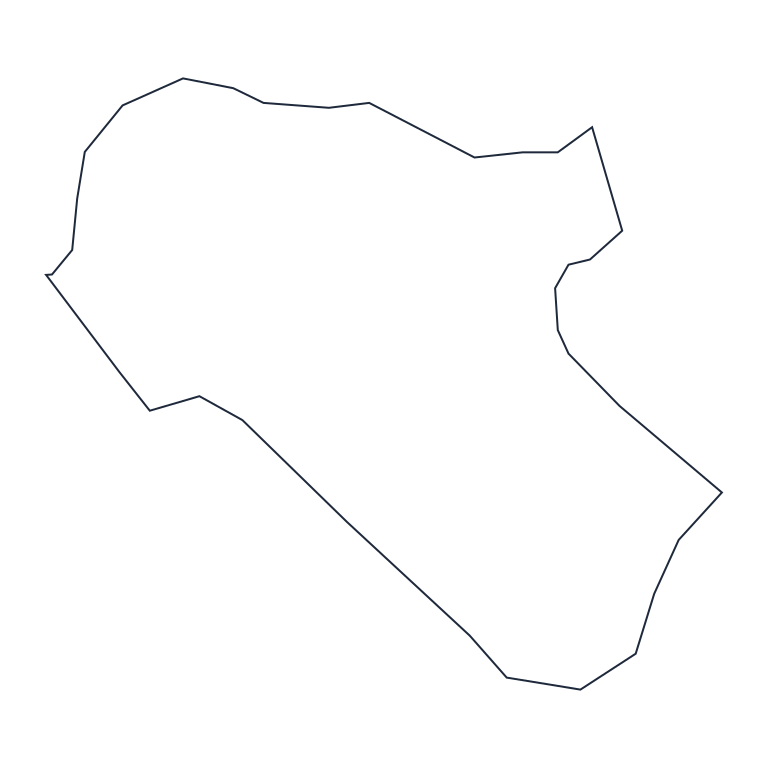 Dalseo-gu, Daegu, South Korea (Robinson projection)
{"feature_id": "91817680B1574399427608", "entity_name": "Dalseo-gu", "entity_type": "district", "adm_level": 2, "iso_a3": "KOR", "parent_name": "South Korea", "parent_adm1": "Daegu", "projection": "robinson", "projection_center": [128.53, 35.815], "detail": "fine", "context": "isolated", "style": "outline", "palette": "slate", "viewbox_px": 768, "rotation_deg": 0, "n_neighbors": 0, "source": "geoboundaries", "source_scale": "gbopen_adm2", "svg_char_len": 540}
<svg xmlns="http://www.w3.org/2000/svg" viewBox="0 0 768 768"><path d="M721.9,492.5L619.5,405.9L568.5,353.6L557.8,330.1L555.1,288.2L568.5,264.7L590.0,259.5L622.2,230.7L592.1,127.2L557.8,152.3L522.9,152.3L474.5,157.5L369.2,102.9L328.9,107.8L263.5,102.9L233.3,88.2L183.0,78.4L122.6,105.4L84.8,151.9L77.2,198.5L72.2,250.0L52.0,274.5L46.1,274.9L119.5,372.2L149.8,410.7L199.4,396.2L242.4,420.1L346.9,521.9L469.8,635.7L506.7,677.6L580.4,689.6L635.7,653.7L654.2,593.8L678.7,539.9L721.9,492.5Z" fill="none" stroke="#1e293b" stroke-width="2"/></svg>